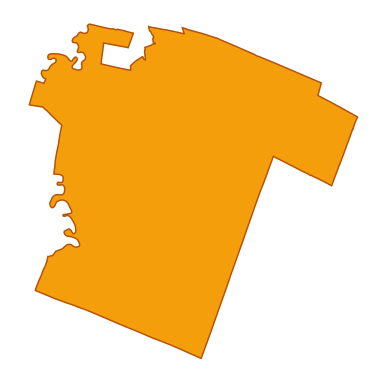 the district of Luciu, Buzau, Romania, rotated 271°
{"feature_id": "2599482B85602684300411", "entity_name": "Luciu", "entity_type": "district", "adm_level": 2, "iso_a3": "ROU", "parent_name": "Romania", "parent_adm1": "Buzau", "projection": "natural_earth1", "projection_center": [27.091, 44.965], "detail": "fine", "context": "isolated", "style": "filled", "palette": "amber", "viewbox_px": 384, "rotation_deg": 271, "n_neighbors": 0, "source": "geoboundaries", "source_scale": "gbopen_adm2", "svg_char_len": 5758}
<svg xmlns="http://www.w3.org/2000/svg" viewBox="0 0 384 384"><g transform="rotate(271 192 192)"><path d="M303.3,319.4L305.3,314.4L322.9,271.2L328.7,256.3L328.9,255.2L331.3,250.4L338.3,233.5L344.9,217.3L345.8,215.5L346.5,213.4L346.9,211.9L350.6,199.7L351.2,197.3L354.2,185.4L355.2,182.8L356.1,179.5L350.1,181.4L350.0,181.1L350.1,180.7L350.3,180.4L353.7,163.2L354.2,158.8L354.6,156.9L354.8,156.2L355.1,154.0L355.5,152.3L355.4,151.9L355.7,150.2L356.2,147.3L356.7,145.9L355.8,145.9L355.4,145.9L352.9,146.7L352.4,147.0L352.0,147.3L351.5,147.9L351.2,148.2L350.6,148.4L349.1,149.2L348.4,149.7L347.9,150.4L347.5,150.5L347.0,150.5L346.7,150.5L346.1,151.0L345.7,150.9L344.9,150.2L344.7,150.1L343.8,150.2L342.8,150.5L342.2,150.4L341.8,150.4L341.4,150.6L341.0,150.8L340.4,152.0L339.9,152.6L339.7,152.7L339.4,152.4L339.4,150.9L339.3,150.2L339.2,149.9L338.9,149.6L338.3,149.0L338.0,148.7L337.8,148.2L337.5,147.2L337.2,146.3L336.2,143.7L335.9,142.4L335.6,142.3L334.3,142.7L333.9,142.7L333.3,142.3L333.1,142.2L332.8,142.2L332.2,142.5L331.6,142.2L331.4,142.2L330.6,142.1L329.8,142.3L329.3,142.6L328.7,142.6L328.0,142.6L327.6,142.5L327.2,142.6L326.7,142.7L325.3,143.0L323.2,143.2L323.3,142.6L324.0,141.6L326.4,140.3L326.4,140.1L322.6,134.3L321.0,132.3L319.9,131.2L317.7,128.8L317.3,128.5L316.8,128.3L313.0,128.6L312.6,128.5L313.3,124.5L315.2,114.4L318.2,100.2L318.5,99.3L318.7,98.9L323.7,99.3L327.6,99.8L328.3,99.8L330.8,100.2L336.2,100.7L337.0,100.9L339.0,100.9L339.4,101.0L339.3,102.0L338.3,107.4L336.0,121.3L335.2,125.6L335.9,125.8L336.8,126.2L343.9,128.7L345.4,129.1L347.8,130.0L349.8,130.6L350.9,125.4L351.5,123.5L352.4,119.8L353.4,114.4L353.2,114.1L352.9,113.6L352.8,113.0L352.9,112.5L353.7,110.8L353.8,110.3L353.8,109.7L353.6,108.7L354.0,106.0L355.0,100.6L355.6,98.2L355.6,97.8L356.8,92.9L358.1,86.5L357.3,85.2L356.5,84.6L355.7,84.6L353.5,85.4L352.3,85.4L351.2,85.2L350.4,84.9L350.0,84.4L349.7,84.3L349.3,84.1L349.1,82.9L348.6,82.0L348.9,80.6L349.9,77.6L349.7,77.2L349.0,76.3L348.2,75.5L346.9,74.8L346.0,74.2L345.1,72.5L344.3,71.4L342.6,69.9L341.4,69.7L340.4,69.8L339.5,70.4L339.3,71.7L339.1,73.4L338.8,74.4L337.1,75.6L335.9,75.9L334.7,76.0L333.4,75.8L332.0,75.2L330.7,74.8L330.2,74.9L329.5,75.6L329.5,76.3L329.7,77.3L329.8,78.5L329.8,79.8L329.3,81.0L327.6,82.2L326.1,83.0L325.2,83.2L323.6,83.1L322.8,82.9L322.0,82.2L321.3,81.1L320.6,80.3L319.8,79.7L318.7,79.3L317.9,79.2L316.8,79.6L315.0,79.9L314.0,79.7L312.9,79.2L312.4,78.4L312.1,77.3L312.0,75.9L312.0,75.0L312.9,72.7L313.0,72.2L313.0,71.4L313.6,70.4L315.0,69.9L316.4,70.4L317.3,71.1L318.4,72.1L319.1,72.9L319.8,73.5L321.2,74.4L322.3,74.9L322.8,74.9L323.3,74.9L324.1,74.5L324.5,74.1L324.9,73.0L324.4,72.1L320.9,69.7L320.7,69.1L320.9,68.1L321.0,67.9L324.3,65.0L325.4,63.9L326.3,62.0L326.7,60.8L327.3,57.9L327.6,56.5L327.8,55.2L327.7,53.6L327.9,50.6L327.8,49.5L327.4,47.5L326.6,46.2L325.6,45.6L324.5,45.5L323.2,45.7L322.5,46.3L322.1,46.9L322.0,48.1L322.2,48.9L323.1,50.1L323.3,51.7L323.2,52.5L322.4,53.5L322.1,53.6L321.4,53.9L320.4,53.8L319.3,53.1L318.5,52.3L317.9,51.3L317.3,50.1L316.3,49.1L315.1,48.1L314.0,47.4L312.8,47.0L312.0,46.3L311.2,45.4L310.8,43.8L311.1,42.0L311.2,40.9L310.2,39.6L308.3,39.3L307.7,39.3L305.8,40.0L303.8,41.3L303.1,42.3L302.5,43.8L298.1,42.1L300.2,34.5L276.4,27.8L276.1,28.9L274.8,38.2L274.5,39.5L274.6,41.0L270.9,45.3L268.4,48.0L267.2,49.0L256.3,60.7L254.8,60.3L246.6,58.8L237.1,57.6L229.7,56.1L222.4,55.0L220.3,54.7L213.5,54.3L212.6,54.0L211.3,53.9L207.6,53.6L207.2,58.9L207.0,59.8L206.6,61.3L205.7,62.2L204.3,62.9L202.1,63.0L200.4,62.7L199.6,62.1L199.2,61.2L199.2,59.6L199.4,58.6L199.4,57.9L198.4,57.1L197.3,57.1L196.8,57.5L196.5,58.8L196.6,59.6L196.9,60.9L196.9,62.3L196.6,63.0L196.0,63.7L194.8,64.3L193.4,64.7L191.2,64.6L189.9,64.4L188.7,64.1L187.3,62.9L186.8,61.7L186.8,60.2L187.0,57.4L186.8,55.9L186.1,54.5L185.4,53.7L184.0,52.5L183.3,52.1L179.4,50.4L178.0,50.0L177.4,50.1L175.1,50.8L174.2,51.6L173.8,52.4L174.2,53.7L175.5,54.9L178.9,56.3L179.8,57.0L180.7,58.5L181.4,60.1L181.7,61.5L181.7,63.2L181.5,64.1L180.7,65.9L180.0,66.8L178.9,67.9L177.3,68.8L175.7,69.6L173.6,70.6L172.4,71.2L171.5,71.8L170.6,72.1L169.2,72.0L168.5,71.0L168.2,69.9L167.9,68.3L167.6,66.9L167.3,64.8L167.3,64.0L166.9,63.6L166.2,63.5L165.7,63.8L165.5,64.8L165.8,65.9L166.4,67.5L166.1,68.8L165.4,70.2L163.7,71.7L161.0,73.4L158.4,74.9L157.4,75.3L155.7,76.0L152.2,76.5L151.0,76.5L150.0,76.3L149.1,75.8L148.4,74.8L148.2,74.0L148.6,73.4L151.1,72.0L152.1,71.2L152.8,69.9L152.9,69.3L150.6,65.1L149.4,64.8L147.6,65.5L146.7,66.4L146.1,67.2L145.6,68.5L145.4,70.9L145.0,72.9L143.8,76.1L143.0,77.5L142.4,78.2L140.8,79.4L138.8,80.2L138.1,80.5L137.4,80.6L136.4,80.4L135.8,80.0L135.3,79.1L134.9,77.9L134.9,76.1L135.1,75.5L135.5,74.6L137.0,72.5L137.5,71.3L137.5,69.6L137.2,68.4L136.2,66.8L133.3,63.7L132.7,62.8L130.3,56.8L126.6,54.3L125.8,53.2L125.7,52.2L124.9,49.6L125.0,49.0L120.1,48.1L116.4,46.8L114.9,46.3L112.9,45.4L112.9,45.2L111.8,44.7L110.9,44.5L108.9,43.6L107.9,43.4L105.1,42.4L100.8,40.5L92.5,37.4L91.5,37.2L90.9,37.1L89.9,39.3L82.4,58.4L78.6,69.6L78.6,69.9L77.3,73.8L75.8,78.0L73.4,84.5L73.5,84.8L70.2,93.4L61.7,114.2L61.4,115.2L60.0,118.2L57.6,124.5L55.9,128.6L51.9,139.1L46.1,153.2L44.7,156.8L43.9,159.3L41.8,165.1L40.0,169.6L39.1,172.4L36.4,178.9L26.3,202.7L25.9,203.8L25.9,204.1L28.0,204.9L37.1,207.9L40.6,209.2L52.3,213.2L70.9,219.4L80.3,222.5L99.2,228.9L110.0,232.3L134.7,240.6L142.9,243.4L155.5,247.5L163.0,250.0L172.6,253.1L194.6,260.5L202.9,263.7L206.7,265.0L207.6,265.4L213.1,267.2L229.0,272.7L219.3,292.7L215.0,301.3L211.5,308.9L210.6,310.0L210.7,310.9L206.6,319.7L203.8,325.5L200.7,331.5L207.5,333.9L222.4,339.2L222.4,339.3L235.1,343.8L253.7,350.2L257.7,351.6L257.6,351.8L264.4,353.9L269.9,356.2L277.2,342.6L284.6,328.4L290.7,316.2L303.3,319.4Z" fill="#f59e0b" stroke="#b45309" stroke-width="1.5"/></g></svg>